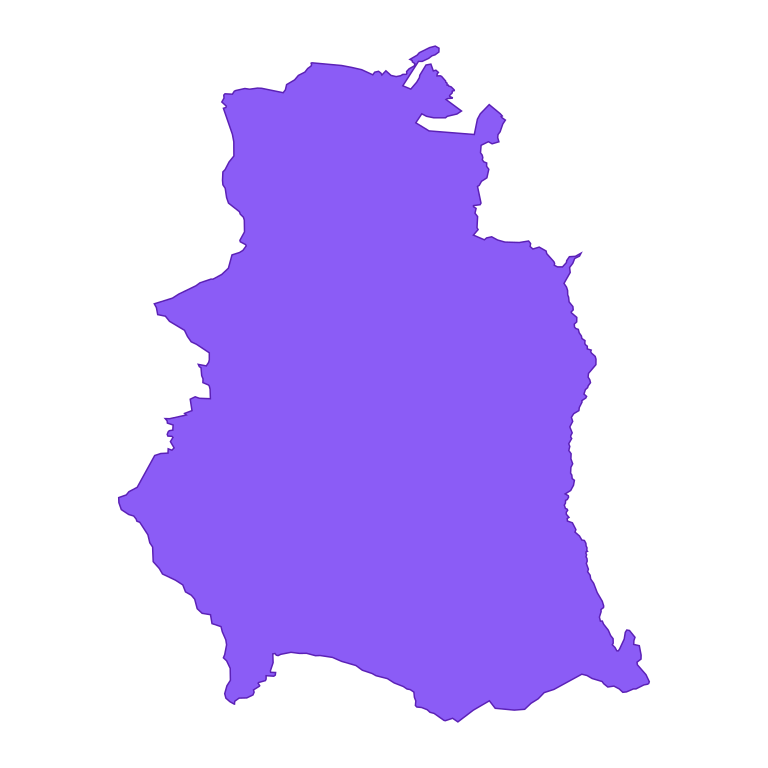 the district of Odaile, Buzau, Romania
{"feature_id": "2599482B56943146128406", "entity_name": "Odaile", "entity_type": "district", "adm_level": 2, "iso_a3": "ROU", "parent_name": "Romania", "parent_adm1": "Buzau", "projection": "robinson", "projection_center": [26.554, 45.39], "detail": "fine", "context": "isolated", "style": "filled", "palette": "violet", "viewbox_px": 768, "rotation_deg": 0, "n_neighbors": 0, "source": "geoboundaries", "source_scale": "gbopen_adm2", "svg_char_len": 6047}
<svg xmlns="http://www.w3.org/2000/svg" viewBox="0 0 768 768"><path d="M538.2,698.8L544.2,692.6L554.0,689.4L581.8,674.2L587.0,675.5L592.1,678.5L602.1,681.5L603.7,683.7L607.8,687.0L613.9,686.1L619.2,688.9L622.8,692.3L626.5,691.9L633.5,688.9L636.0,688.9L643.9,684.9L647.6,684.2L648.7,683.5L649.3,681.7L646.0,674.7L637.4,664.8L637.0,662.2L641.0,659.1L641.1,655.1L639.3,645.7L633.7,644.4L633.9,640.6L635.0,637.3L629.5,630.5L626.8,630.0L625.3,632.3L624.2,639.1L619.5,649.2L618.2,650.9L616.8,650.8L615.0,647.5L612.3,644.8L613.2,643.2L613.1,638.7L610.6,635.5L608.3,630.2L603.6,624.2L602.3,621.1L600.4,621.1L599.4,617.1L601.1,611.7L601.0,609.5L603.5,607.6L603.7,606.0L602.3,601.3L597.2,592.6L593.7,583.4L590.7,579.0L590.1,575.2L587.6,571.7L588.4,569.2L586.3,563.4L587.2,561.2L587.0,558.6L586.0,556.8L586.6,554.7L585.9,553.5L586.1,551.9L587.5,551.3L586.8,550.5L587.0,547.8L586.1,545.9L585.9,543.3L584.4,540.5L581.8,540.0L579.5,536.0L575.0,532.1L575.9,529.6L572.4,522.8L567.4,521.0L567.2,518.5L569.0,517.4L566.3,514.2L566.3,512.2L567.7,510.3L567.2,509.2L565.4,508.4L564.3,505.1L565.4,503.3L565.6,500.4L567.3,499.5L568.6,497.1L568.3,495.7L565.2,493.9L570.7,490.5L573.5,485.3L574.4,480.3L572.2,478.6L571.8,475.0L570.6,473.2L570.9,467.3L572.7,463.8L570.9,458.8L571.1,453.7L568.8,450.5L569.8,446.4L568.7,443.8L571.7,438.5L570.7,437.1L570.8,435.6L572.2,432.9L569.8,426.9L572.7,421.4L571.4,417.3L573.7,413.7L578.9,410.6L579.3,407.5L582.0,402.2L581.9,400.6L585.8,398.0L586.6,396.4L584.0,394.1L584.2,393.3L585.4,389.6L587.6,387.7L588.2,385.8L590.5,382.7L589.8,379.8L588.1,377.1L588.5,373.4L595.9,364.7L596.0,359.2L595.2,356.4L591.4,353.0L590.7,351.6L591.2,350.1L587.3,348.9L587.3,346.2L585.4,344.7L584.8,343.3L585.0,340.6L581.9,338.5L581.4,336.0L579.2,332.8L578.3,329.4L575.8,328.5L574.5,327.1L574.3,324.1L576.7,321.9L576.8,317.4L571.3,312.7L571.2,311.9L573.2,309.9L572.9,306.6L569.1,301.9L568.6,297.1L567.7,294.9L567.6,290.5L566.5,287.1L564.0,283.4L570.2,272.5L569.6,267.5L572.8,263.3L574.7,258.5L579.5,256.1L581.0,253.2L575.4,256.3L569.4,256.7L566.7,260.6L566.4,262.6L562.5,266.9L557.5,266.9L554.3,265.3L554.6,263.4L553.9,261.7L546.7,253.6L546.1,251.0L539.2,247.1L532.9,249.0L530.1,246.5L530.6,243.5L528.6,241.0L519.4,242.5L505.0,242.1L497.6,240.0L491.7,236.8L486.6,237.9L484.4,239.8L473.4,235.1L478.1,229.6L477.0,227.7L477.6,216.6L475.0,213.2L476.1,208.4L473.5,206.7L473.5,205.6L480.1,204.7L481.0,203.1L477.5,186.4L479.2,185.4L481.5,181.3L486.9,177.8L488.8,169.3L486.6,166.3L486.7,163.0L483.8,161.8L482.3,159.8L482.8,157.6L482.2,155.1L480.5,152.8L481.1,145.3L488.4,141.7L492.1,143.8L498.9,141.8L497.7,137.6L498.0,134.6L500.1,131.8L502.8,124.0L505.4,120.1L502.0,117.7L501.2,116.7L502.3,116.0L500.2,113.7L489.2,104.6L480.3,113.8L477.4,119.2L474.3,134.5L429.0,130.9L415.8,122.8L421.8,113.8L426.5,116.3L433.8,117.8L445.5,117.8L447.3,116.3L457.0,114.0L461.5,111.0L446.0,99.5L447.5,98.6L452.2,98.2L452.3,97.6L449.7,96.5L449.6,95.5L452.2,92.9L452.2,91.2L454.3,90.6L454.2,89.9L451.2,86.9L448.7,86.0L448.3,85.1L447.2,85.2L447.0,83.1L445.8,82.3L445.6,81.0L441.6,76.4L440.3,75.8L437.0,75.9L437.2,73.9L438.4,72.4L435.9,70.2L433.3,70.9L430.9,64.1L426.0,65.0L419.8,75.2L419.4,77.6L416.7,82.2L410.8,89.1L402.8,85.8L418.5,61.4L422.2,61.4L428.6,58.4L432.0,55.8L435.1,54.8L438.9,52.0L439.0,48.2L435.3,46.1L429.6,47.6L419.3,52.7L417.1,55.2L409.9,59.4L412.2,60.5L412.3,61.8L414.9,63.7L414.3,65.9L409.1,68.8L406.6,71.5L406.8,73.6L406.2,74.3L402.8,74.4L400.7,75.7L396.2,76.6L391.0,75.4L385.9,70.8L381.9,75.0L380.9,73.1L378.5,71.3L374.7,72.2L372.8,74.8L361.7,69.7L351.6,67.4L341.6,65.5L311.9,62.8L311.1,63.2L311.6,64.8L311.0,66.1L307.7,68.5L304.9,72.1L298.4,75.4L294.6,79.9L286.6,84.6L285.4,89.8L283.2,92.7L261.7,88.3L257.5,88.1L249.6,89.2L244.9,88.5L235.8,90.5L234.3,91.2L232.4,94.2L225.0,93.8L223.8,95.1L224.0,98.1L221.8,102.0L226.3,106.1L225.9,107.5L223.4,108.3L232.4,134.3L233.8,141.8L233.9,156.0L229.1,161.9L225.1,169.6L222.9,171.9L222.5,180.3L222.9,184.8L225.2,188.3L226.6,197.6L228.5,203.1L239.4,211.7L240.3,214.2L243.4,217.2L244.3,220.1L244.5,231.9L239.9,240.3L240.3,241.8L245.6,244.6L246.2,245.9L242.9,250.4L239.5,252.5L232.0,254.9L228.4,268.2L221.8,274.4L212.9,279.2L211.0,279.1L200.0,282.8L195.9,285.8L178.9,294.0L172.5,298.1L154.3,303.8L156.4,307.6L157.7,314.6L165.4,316.2L169.5,321.3L184.5,330.3L187.5,336.5L191.2,341.8L196.5,344.3L209.3,352.8L209.3,359.8L208.7,362.3L206.3,365.9L198.3,364.4L199.3,366.6L201.0,367.8L201.7,375.7L203.0,378.8L202.9,382.6L208.5,385.0L209.3,386.1L210.1,389.3L210.4,398.7L199.4,398.3L195.2,396.8L190.2,399.2L192.0,410.6L184.6,413.4L186.3,415.0L169.6,418.7L165.2,418.6L167.1,420.8L167.4,423.1L173.1,425.0L172.8,430.1L169.3,430.7L168.2,431.8L167.2,434.4L167.9,436.1L171.9,436.3L173.0,437.4L170.4,441.6L174.1,447.9L171.9,450.2L168.2,448.8L168.0,453.1L160.8,453.5L154.7,455.5L137.2,487.3L128.9,491.7L126.3,494.9L118.7,497.6L118.9,502.7L121.3,509.6L128.7,514.5L133.7,516.0L136.1,519.0L136.9,521.2L139.8,522.3L147.9,534.8L149.8,542.8L152.6,547.0L153.2,561.7L159.3,568.5L162.5,574.0L175.3,580.1L182.8,584.9L185.5,591.9L191.3,595.2L194.7,599.2L197.2,608.7L202.1,613.3L210.5,614.7L212.0,623.6L221.0,626.6L222.3,631.8L225.8,639.8L226.6,644.8L224.7,654.6L223.4,657.8L226.6,660.8L230.2,668.3L230.4,680.3L226.9,685.8L224.7,693.7L225.9,698.2L229.9,701.7L234.0,704.0L234.5,704.1L234.7,701.3L239.1,698.1L246.8,697.9L253.0,694.9L254.1,692.2L253.5,689.9L259.3,686.3L259.7,685.7L258.1,683.2L258.7,682.5L265.4,680.6L266.1,679.1L266.1,675.7L273.8,676.2L275.3,675.1L275.6,672.5L270.6,672.3L270.4,670.8L273.1,662.7L272.8,653.9L275.0,653.5L276.3,655.2L278.1,655.6L280.8,654.3L291.0,652.3L299.5,653.4L306.6,653.3L315.5,655.7L320.1,655.5L332.5,657.4L341.7,661.4L355.9,665.5L362.3,670.2L372.1,673.5L376.0,675.7L387.4,678.6L394.1,682.9L403.3,686.5L407.0,689.0L410.2,689.6L413.9,692.1L414.4,697.3L415.8,700.9L415.4,705.5L416.8,707.0L421.6,707.5L427.2,709.7L430.0,712.3L434.1,713.4L444.0,720.4L445.3,720.7L452.6,718.3L457.9,721.9L473.4,710.1L489.4,700.8L495.2,708.3L514.3,710.1L524.7,709.3L531.0,703.3L538.2,698.8Z" fill="#8b5cf6" stroke="#5b21b6" stroke-width="1.5"/></svg>